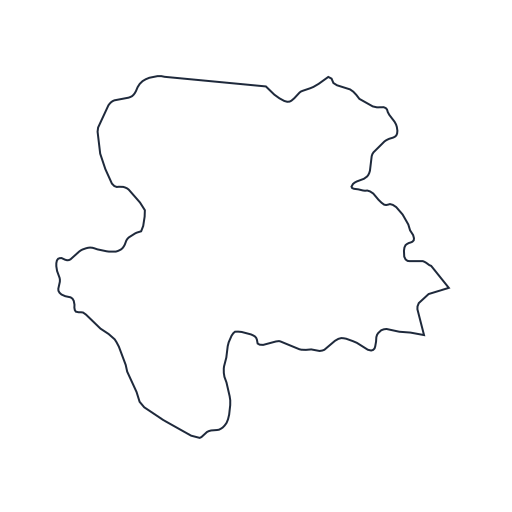 map outline of Saraburi (orthographic projection), rotated 280°
{"feature_id": "THA-415", "entity_name": "Saraburi", "entity_type": "Province", "adm_level": 1, "iso_a3": "THA", "parent_name": "Thailand", "parent_adm1": "", "projection": "orthographic", "projection_center": [100.926, 14.549], "detail": "fine", "context": "isolated", "style": "outline", "palette": "slate", "viewbox_px": 512, "rotation_deg": 280, "n_neighbors": 0, "source": "natural_earth", "source_scale": "10m", "svg_char_len": 3316}
<svg xmlns="http://www.w3.org/2000/svg" viewBox="0 0 512 512"><g transform="rotate(280 256 256)"><path d="M416.6,134.9L424.7,236.3L418.1,246.0L415.4,251.6L413.6,256.9L413.3,260.0L413.9,262.3L415.1,263.9L418.0,266.3L424.5,270.5L425.8,271.7L426.8,273.3L430.7,280.4L432.5,283.2L436.4,287.8L444.9,296.1L443.8,299.6L439.8,302.2L438.2,306.1L436.4,319.7L434.7,323.3L432.1,326.8L428.7,330.5L423.6,345.0L423.4,349.3L424.7,355.9L424.2,358.1L423.0,359.6L420.6,360.8L418.1,362.8L412.2,369.2L409.8,371.1L407.5,372.3L403.9,373.5L401.1,373.7L399.0,373.2L397.5,372.0L396.3,370.3L394.6,366.9L393.5,365.3L392.4,363.9L391.1,362.6L378.5,353.7L376.5,352.9L374.4,352.6L359.8,353.4L357.4,353.1L355.3,352.5L353.6,351.6L350.8,348.9L346.9,342.3L345.5,340.5L343.8,339.0L340.9,338.0L339.6,338.9L339.2,340.8L339.4,345.2L339.1,349.9L339.2,352.1L339.8,354.2L339.4,357.1L337.9,360.6L332.7,366.8L330.3,370.3L328.8,373.3L328.8,375.3L329.5,377.1L330.4,378.9L330.1,381.9L328.5,385.6L322.3,393.2L313.5,400.5L308.0,403.3L303.9,407.1L300.9,408.5L298.8,408.6L297.2,407.5L296.2,406.0L295.3,404.2L294.1,402.7L292.7,401.4L290.1,400.7L286.8,400.8L281.1,402.1L278.6,403.9L277.5,406.1L277.6,408.2L279.9,421.2L279.5,423.0L278.8,424.9L277.1,428.3L276.7,430.2L258.1,451.4L248.5,432.6L237.9,424.5L234.4,423.8L231.6,424.2L207.3,435.2L207.4,421.4L206.3,410.3L206.8,397.2L206.0,394.6L204.6,392.2L201.3,389.7L199.4,388.9L197.0,388.6L192.5,389.1L187.7,389.1L185.5,388.8L183.8,387.6L182.9,385.8L183.1,382.4L188.0,370.4L189.0,366.1L190.2,359.1L190.2,356.7L190.0,354.3L188.7,351.5L186.2,348.5L175.5,339.6L174.4,337.7L173.5,335.1L173.6,326.6L172.2,321.4L171.6,317.0L171.7,314.9L176.1,294.9L176.2,293.4L175.3,290.5L169.7,278.5L169.3,275.0L170.1,272.8L173.8,271.4L175.4,270.4L176.6,268.9L177.3,267.0L177.9,264.7L178.7,255.1L178.4,251.4L177.8,248.5L176.1,247.1L173.3,245.8L166.3,244.1L162.3,243.8L150.8,244.4L141.8,243.7L139.6,243.8L135.3,244.6L131.5,245.9L126.3,248.9L113.3,254.4L109.4,255.7L104.7,256.5L95.1,257.1L90.3,256.8L86.6,256.0L85.3,255.4L83.5,254.5L81.3,253.0L79.8,251.4L78.5,249.7L77.8,247.6L76.4,242.1L75.4,240.0L74.2,238.3L68.2,233.7L67.1,232.1L67.8,223.3L78.3,193.3L87.6,172.2L92.2,166.7L101.3,162.0L119.8,149.2L126.1,146.6L142.9,136.7L146.9,133.6L149.4,131.3L153.6,124.4L157.5,115.4L168.8,98.7L170.3,95.5L170.2,93.3L169.8,91.0L169.9,88.3L171.2,87.0L173.6,86.1L176.5,85.7L180.2,84.3L182.1,82.7L183.1,80.6L183.3,75.1L184.3,71.1L185.7,68.9L187.4,67.5L189.4,67.0L196.5,67.3L198.6,67.0L200.3,66.4L206.7,62.7L211.3,61.1L214.3,60.6L217.0,60.7L218.9,61.6L219.8,63.1L220.2,64.9L219.2,68.6L219.0,70.7L219.5,72.5L220.5,73.9L229.7,81.1L231.1,82.5L232.2,83.9L234.1,87.3L234.9,89.1L235.5,91.1L235.7,93.4L235.5,95.5L235.0,98.7L234.7,108.1L234.8,110.5L236.0,117.2L236.9,119.0L238.0,120.6L239.1,122.0L240.6,123.2L242.4,124.1L244.4,124.8L248.7,125.6L250.6,126.4L252.2,127.5L257.4,133.2L258.4,134.7L260.4,138.6L266.0,139.7L275.4,139.5L281.8,138.6L288.5,132.5L299.3,119.1L300.2,117.3L300.7,115.4L301.0,113.3L300.4,109.0L299.8,106.9L300.3,104.3L302.3,101.5L315.5,92.5L329.7,84.8L350.9,78.4L355.1,78.2L378.8,84.5L380.7,85.5L382.3,86.6L383.6,87.9L384.7,89.5L389.8,103.0L390.8,104.7L391.9,106.2L393.5,107.4L395.2,108.3L397.4,109.1L401.7,110.1L405.3,111.6L408.5,113.9L410.9,116.7L413.0,120.0L416.0,127.7L416.7,131.5L416.6,134.9Z" fill="none" stroke="#1e293b" stroke-width="2"/></g></svg>